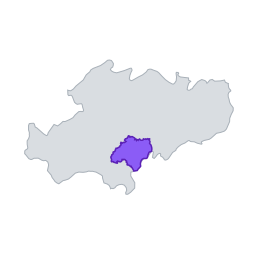 Republic of Serbia, with Branicevski highlighted, rotated 106°
{"feature_id": "SRB-279", "entity_name": "Branicevski", "entity_type": "District", "adm_level": 1, "iso_a3": "SRB", "parent_name": "Republic of Serbia", "parent_adm1": "", "projection": "mercator", "projection_center": [21.622, 44.446], "detail": "fine", "context": "in_parent", "style": "filled", "palette": "violet", "viewbox_px": 256, "rotation_deg": 106, "n_neighbors": 0, "source": "natural_earth", "source_scale": "10m", "svg_char_len": 7544}
<svg xmlns="http://www.w3.org/2000/svg" viewBox="0 0 256 256"><g transform="rotate(106 128 128)"><path d="M143.9,99.0L149.6,100.8L152.2,102.5L153.6,104.7L157.3,106.2L163.2,106.9L167.3,109.2L169.7,113.1L173.4,112.1L178.7,106.4L183.9,105.0L189.0,107.7L191.7,109.9L192.2,111.7L191.0,112.4L188.2,112.1L185.9,113.2L184.0,115.7L183.8,118.3L185.0,121.1L186.8,123.1L189.2,124.2L190.4,125.6L190.6,127.5L191.2,128.0L189.8,128.9L188.4,130.2L187.6,132.4L187.4,136.0L182.9,138.8L181.2,139.3L180.4,141.2L179.2,146.4L179.4,150.3L180.0,152.3L180.3,154.0L181.7,156.0L183.0,159.0L183.9,163.1L185.9,166.2L190.9,169.3L193.4,171.1L195.2,173.6L196.6,176.0L200.7,179.1L200.4,181.3L199.5,183.5L198.6,184.5L196.5,187.3L194.5,188.8L191.2,193.7L186.0,194.0L184.8,194.4L182.8,195.7L181.8,198.1L182.7,200.1L182.7,202.1L181.7,205.9L183.0,210.0L184.8,211.9L185.1,213.0L184.8,214.9L182.0,218.8L181.2,220.2L178.5,220.9L177.5,220.5L176.1,219.2L174.8,218.8L171.5,220.4L168.2,221.4L165.6,220.6L163.0,220.5L161.2,221.2L159.9,221.4L157.2,223.1L153.0,224.3L151.0,224.1L150.3,222.5L149.5,220.2L149.9,219.2L152.7,217.4L153.0,215.7L156.9,207.5L157.7,204.8L157.7,204.0L156.7,203.4L154.5,203.4L145.0,200.1L145.4,196.2L142.6,194.1L139.6,192.3L139.1,190.2L135.7,186.1L133.2,183.7L130.1,182.5L127.4,180.8L125.8,179.8L125.0,177.8L125.0,176.7L124.2,175.6L122.9,175.7L120.7,177.2L118.0,178.6L117.5,179.5L118.5,181.9L119.2,183.3L118.9,184.7L118.0,186.5L112.8,190.4L112.2,191.8L113.2,193.9L112.6,194.9L108.2,196.4L108.3,195.2L108.0,193.3L105.5,191.2L102.0,189.6L94.1,184.2L91.1,183.5L88.4,182.8L84.5,180.2L82.5,179.8L80.3,177.9L75.5,171.6L71.4,168.2L68.6,166.4L67.8,164.7L67.7,163.0L67.8,162.4L69.9,159.9L71.5,159.5L73.6,159.5L75.0,160.7L76.8,161.0L77.8,159.4L78.3,157.1L78.1,154.1L73.7,147.2L70.0,142.4L69.6,141.4L70.4,140.5L71.7,140.0L73.1,140.4L76.7,140.7L80.3,140.3L81.5,139.1L81.5,137.5L80.2,136.1L76.1,132.1L72.9,128.6L69.1,125.9L66.3,124.9L65.5,123.5L65.1,122.0L65.4,119.3L65.6,115.9L66.3,113.8L68.8,109.7L71.2,105.4L72.7,101.3L73.5,97.4L73.2,96.3L71.9,95.5L69.3,94.7L65.6,95.4L62.4,96.8L61.2,96.9L60.8,95.2L61.3,94.4L62.3,94.5L63.1,94.8L63.9,94.0L64.5,91.7L63.2,83.6L65.5,82.8L65.5,81.7L65.8,80.6L68.2,82.0L71.6,82.1L74.6,81.8L75.0,81.0L75.0,79.8L74.4,78.9L73.3,78.2L72.5,77.0L70.5,76.5L64.2,73.6L61.1,70.5L61.2,67.1L62.1,65.3L63.2,64.7L62.9,64.1L59.3,62.5L58.1,60.4L59.1,57.6L57.2,52.0L55.3,48.5L57.2,47.0L57.5,44.9L57.6,43.7L58.4,43.7L61.5,42.3L62.6,41.1L63.3,39.8L64.0,39.4L66.1,40.9L68.3,41.0L70.7,40.1L72.5,38.8L74.7,37.7L75.7,37.0L77.0,35.8L79.6,32.4L82.5,31.7L86.4,32.5L90.6,32.9L93.8,32.1L101.8,33.1L103.5,33.9L104.6,34.7L106.7,37.7L108.7,41.5L111.5,43.2L114.8,45.3L116.5,46.8L119.0,51.4L121.0,53.6L121.7,53.5L122.3,52.9L122.8,52.5L123.3,52.9L123.4,54.3L123.5,57.3L123.0,60.5L123.7,63.6L123.7,64.6L123.2,65.4L123.3,66.2L124.0,67.0L126.7,69.1L129.2,72.2L132.1,74.4L134.7,75.8L136.4,75.9L139.2,78.4L144.7,80.2L146.4,80.8L147.6,81.8L148.5,83.0L148.5,84.3L147.7,84.9L146.5,86.7L146.0,88.8L145.1,89.3L144.3,89.3L143.6,89.9L143.8,90.9L144.5,91.7L145.6,92.5L147.8,93.3L150.0,94.4L149.9,95.3L149.5,96.3L146.8,96.7L144.7,96.8L143.8,97.3L143.9,99.0Z" fill="#d9dde1" stroke="#a8b0b8" stroke-width="1"/><path d="M143.9,99.0L144.5,99.5L145.2,100.8L145.7,101.1L148.7,101.4L150.9,101.2L151.6,101.4L152.2,102.0L152.5,102.8L152.7,103.7L153.0,104.6L154.3,105.9L156.0,106.4L157.8,106.4L159.4,106.1L160.7,105.5L161.3,105.3L161.9,105.5L165.1,107.1L166.2,107.3L166.5,107.7L167.5,110.0L167.7,110.7L167.0,111.1L166.0,112.2L165.6,112.6L165.3,112.9L165.0,113.2L164.9,113.4L164.8,113.5L164.8,113.9L164.8,114.0L164.7,114.0L164.4,114.1L164.2,114.2L164.0,114.3L163.9,114.4L164.0,114.6L164.1,114.8L164.1,115.0L164.1,115.4L164.1,115.5L163.9,115.7L163.9,115.8L163.8,116.0L163.8,116.3L163.7,116.4L163.7,116.5L163.5,116.8L163.5,117.0L163.5,117.3L163.6,117.7L163.7,117.9L163.7,118.0L163.6,118.6L163.4,118.7L163.4,118.8L163.2,118.8L162.9,118.8L162.6,118.7L162.3,118.8L162.2,118.9L162.1,119.0L161.9,119.4L161.8,119.5L161.7,119.5L161.4,120.1L161.3,120.3L161.2,120.3L160.7,120.1L160.4,120.1L160.2,120.2L160.1,120.3L160.0,120.5L160.0,121.1L159.9,121.2L159.9,121.4L159.8,121.5L159.7,121.6L159.4,121.8L159.3,122.0L159.2,122.1L159.2,122.5L159.2,122.8L159.2,123.0L159.3,123.0L159.7,123.4L159.8,123.5L159.8,123.8L159.6,124.1L159.6,124.3L159.8,124.8L159.9,125.1L160.3,125.0L160.8,124.8L161.0,124.8L161.3,124.9L161.5,125.1L161.9,125.2L162.0,125.3L162.5,125.7L162.6,125.9L162.7,126.1L162.7,126.5L162.7,126.9L162.8,127.0L162.7,127.3L162.7,127.5L162.8,127.7L162.8,127.8L162.8,128.1L162.7,128.5L162.7,128.8L162.8,128.8L163.1,129.1L163.2,129.3L163.3,129.4L163.5,129.4L163.8,129.1L164.0,128.8L164.1,128.7L164.3,128.6L164.5,128.5L164.8,128.6L164.9,128.8L164.7,129.1L164.7,129.3L164.7,129.6L164.9,129.9L164.9,130.1L164.9,130.4L164.9,130.5L164.8,131.0L164.8,131.4L164.9,131.7L164.9,131.8L164.9,132.0L164.8,132.3L164.7,132.4L164.5,132.6L164.4,132.7L164.4,132.8L164.5,133.0L164.6,133.6L164.6,133.8L164.9,134.1L165.0,134.2L165.0,134.3L164.9,134.4L164.8,134.7L164.6,134.8L164.4,135.0L164.0,135.0L163.3,135.0L163.2,135.0L162.8,135.1L162.6,135.2L162.3,135.4L162.2,135.5L161.8,135.8L161.7,135.8L161.5,136.1L161.4,136.2L161.3,136.3L161.2,136.3L160.6,136.3L160.2,136.4L160.0,136.5L159.7,136.3L159.3,136.0L159.2,136.0L158.7,136.2L158.4,136.2L158.2,136.2L157.8,135.9L157.6,135.7L157.4,135.4L157.1,135.3L156.8,135.2L156.7,135.2L156.6,135.3L156.2,135.5L155.9,135.6L155.6,135.6L155.4,135.5L155.1,135.5L155.1,135.4L154.9,135.3L154.9,135.2L154.8,134.8L154.7,134.7L154.3,134.4L154.2,134.3L154.1,134.2L153.9,134.2L153.7,134.1L153.3,134.2L153.1,134.2L152.6,134.0L152.3,134.0L152.2,134.1L151.9,134.2L151.7,134.1L151.3,133.9L151.0,133.9L150.9,133.8L150.7,133.8L150.7,133.7L150.5,133.1L150.4,132.9L150.4,132.7L150.2,132.6L149.9,132.4L149.7,132.1L149.3,131.8L148.8,131.3L148.6,131.0L148.4,130.8L148.2,130.9L147.9,130.9L147.6,130.9L147.3,130.7L147.2,130.6L147.0,130.4L146.9,130.3L146.8,130.2L146.7,130.2L145.8,130.2L145.6,130.2L145.6,130.3L145.4,130.4L145.3,130.5L145.2,130.5L145.1,130.8L144.5,130.8L144.2,130.9L143.9,130.8L143.8,130.7L143.7,130.7L143.7,130.4L143.9,130.2L144.1,129.7L144.2,129.4L144.1,129.2L143.9,129.0L143.7,129.0L143.4,128.9L143.2,128.6L143.0,128.3L143.0,128.2L143.0,127.8L143.0,127.7L142.9,127.5L142.9,127.3L142.8,127.2L142.7,127.1L142.3,126.8L141.5,126.2L141.4,126.6L141.3,126.8L141.2,127.0L141.1,127.3L141.0,127.5L140.9,127.6L140.7,127.9L140.6,128.0L140.4,128.0L140.1,127.8L139.8,127.7L139.5,127.7L139.4,127.7L139.2,127.6L139.0,127.4L138.9,127.2L138.7,126.7L138.2,126.2L137.9,126.0L137.7,126.0L137.4,125.9L137.2,125.9L136.9,125.7L136.7,125.6L136.4,125.5L135.9,125.6L135.4,125.4L135.4,125.0L135.7,125.0L135.7,124.7L135.4,124.7L135.4,124.4L136.1,124.4L136.3,124.1L136.2,123.7L135.7,123.4L135.9,122.8L135.7,122.5L135.4,122.3L135.2,122.0L135.1,121.5L135.1,121.2L135.3,120.9L135.4,120.3L135.6,119.5L135.8,118.8L136.4,118.3L137.4,118.3L137.3,117.9L137.0,117.7L136.8,117.5L136.4,117.3L136.7,116.3L136.9,116.5L137.0,116.5L137.1,116.4L137.4,116.3L137.2,116.2L136.9,116.0L136.7,115.9L136.8,115.1L136.9,114.9L136.7,114.9L136.4,115.1L136.2,114.6L136.0,114.1L135.4,113.9L135.4,113.6L135.9,113.1L136.2,112.6L136.2,112.0L135.9,111.2L135.7,110.6L135.4,110.3L134.9,110.2L134.2,110.2L134.3,109.2L133.6,108.0L134.0,107.5L133.8,107.2L133.3,106.7L133.0,106.5L133.1,106.3L133.2,105.7L133.3,105.4L132.9,105.4L132.7,105.1L132.5,104.7L132.5,104.2L134.0,104.0L134.8,103.3L135.2,103.0L135.7,103.0L136.5,103.1L137.0,102.9L137.3,102.5L137.5,101.9L137.9,101.4L139.1,100.5L140.7,99.6L142.4,99.1L143.9,99.0Z" fill="#8b5cf6" stroke="#5b21b6" stroke-width="1.5"/></g></svg>